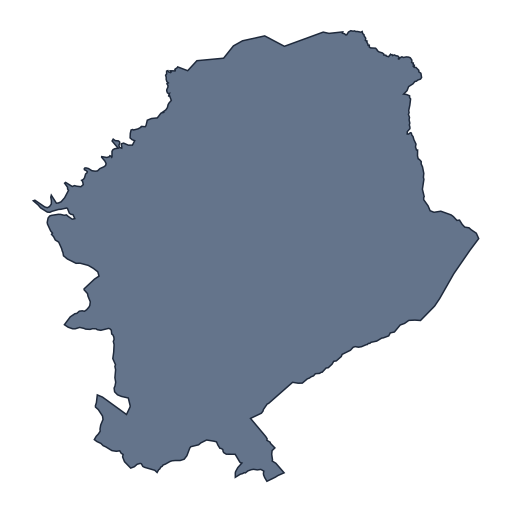 the district of Afigya Kwabre South, Ashanti, Ghana
{"feature_id": "2480657B27047738560833", "entity_name": "Afigya Kwabre South", "entity_type": "district", "adm_level": 2, "iso_a3": "GHA", "parent_name": "Ghana", "parent_adm1": "Ashanti", "projection": "albers", "projection_center": [-1.625, 6.839], "detail": "fine", "context": "isolated", "style": "filled", "palette": "slate", "viewbox_px": 512, "rotation_deg": 0, "n_neighbors": 0, "source": "geoboundaries", "source_scale": "gbopen_adm2", "svg_char_len": 5899}
<svg xmlns="http://www.w3.org/2000/svg" viewBox="0 0 512 512"><path d="M177.7,66.9L177.3,67.6L174.9,69.3L175.3,70.3L175.1,70.9L170.3,70.8L171.1,72.0L170.6,72.6L168.7,72.0L167.9,70.6L166.6,71.1L166.6,74.0L165.6,75.2L166.2,77.2L166.2,79.5L166.9,81.7L168.3,82.9L166.9,83.8L168.0,85.6L167.9,87.2L166.8,89.6L166.7,90.8L167.4,92.8L168.7,93.7L169.5,93.4L168.6,95.9L169.0,96.2L169.6,95.8L171.3,100.4L169.1,102.9L168.1,104.6L167.4,107.6L165.8,109.9L162.7,112.1L163.3,112.5L161.2,113.0L160.7,113.5L157.3,117.9L151.5,118.5L147.3,120.2L146.0,125.6L145.2,126.7L141.5,126.4L141.0,126.7L140.9,127.3L137.9,128.9L133.5,130.0L132.7,129.5L131.1,130.0L130.3,133.3L130.1,137.9L132.1,139.7L134.7,140.7L132.4,145.1L128.4,145.2L123.6,143.1L121.7,143.7L121.3,144.8L121.8,146.7L121.7,148.2L119.5,147.4L118.9,145.1L119.8,143.5L119.6,141.9L118.4,140.9L115.2,140.6L113.2,139.1L112.1,141.0L118.1,148.2L114.8,148.7L113.0,149.6L112.0,151.3L112.0,156.8L111.7,157.3L110.9,156.2L109.9,155.7L109.3,156.7L106.9,157.5L101.7,156.6L101.6,157.2L104.9,161.1L106.1,163.6L105.6,165.5L103.9,166.8L99.9,168.6L97.5,170.9L95.3,171.2L91.9,170.7L88.4,168.5L86.0,167.9L84.8,168.0L84.2,168.9L84.5,169.8L86.2,170.6L87.3,171.7L87.1,172.7L85.6,174.0L84.5,177.8L83.7,179.0L82.9,179.7L81.6,180.3L82.6,181.5L83.3,184.6L80.9,186.7L76.6,186.2L74.4,185.6L72.3,186.5L65.6,182.4L64.6,183.2L67.5,187.2L67.6,189.0L68.5,190.4L64.6,197.8L61.1,201.8L58.3,203.0L56.4,203.2L51.3,195.2L50.8,197.2L51.4,200.8L51.3,204.1L49.5,206.6L47.3,207.7L44.7,206.9L34.9,200.2L33.3,200.8L38.2,205.0L40.6,207.9L47.3,212.1L49.9,212.3L52.0,211.3L58.7,209.4L60.8,209.3L66.7,208.0L67.5,208.5L69.3,213.1L71.0,214.3L73.0,214.6L74.8,218.6L72.3,219.2L68.0,216.3L66.5,214.9L64.2,215.3L60.7,214.4L58.4,214.3L51.4,215.4L49.7,216.0L48.1,218.0L47.2,222.4L47.5,224.1L50.7,231.0L52.5,233.1L51.5,234.3L53.6,236.7L55.3,240.0L58.7,242.1L61.7,248.8L62.2,250.9L62.9,252.4L63.5,255.8L67.4,259.0L76.0,263.3L80.1,263.2L88.3,265.4L93.1,268.2L97.8,271.8L99.0,276.1L94.5,279.1L84.1,288.8L84.1,289.8L87.5,293.6L88.0,296.2L90.3,301.8L89.8,305.5L89.0,307.0L86.7,309.7L84.4,311.3L82.3,310.8L79.3,311.2L76.8,313.4L74.9,313.7L70.3,316.8L64.4,324.7L68.1,327.2L72.7,328.8L75.2,328.8L79.7,327.4L84.0,328.4L85.6,329.1L90.1,329.4L92.4,328.7L96.0,328.8L97.3,329.7L100.8,330.3L108.5,328.4L109.8,328.7L111.3,330.2L111.7,334.0L112.8,334.8L113.8,336.9L114.1,339.4L113.3,341.4L114.1,344.6L113.7,352.1L112.8,358.6L115.5,364.7L114.9,366.5L115.6,369.7L114.9,377.7L115.7,382.2L115.0,386.0L114.1,388.1L114.6,391.8L117.5,394.8L121.4,396.4L128.3,398.0L130.2,405.9L130.0,407.1L126.5,414.5L102.5,397.1L97.3,394.9L96.4,402.7L95.4,405.8L95.5,407.1L98.3,409.6L102.5,416.0L103.0,419.5L100.7,425.0L100.0,429.1L100.2,431.2L98.3,434.1L96.2,436.3L94.3,439.6L97.0,441.6L100.9,443.4L103.2,445.7L105.7,446.8L111.9,450.6L116.4,451.3L119.7,450.8L121.3,453.4L123.1,454.4L122.6,456.9L124.5,461.7L130.7,468.1L134.4,466.7L137.1,464.3L140.2,463.4L141.4,463.8L142.8,466.4L144.5,467.3L154.8,470.3L157.1,472.5L158.6,469.8L159.8,468.9L160.7,467.2L162.2,466.3L163.1,465.0L165.4,464.1L170.0,461.5L172.0,460.8L175.3,460.5L180.2,460.5L184.2,459.2L186.9,455.7L189.8,448.0L190.8,446.7L198.6,444.8L200.8,442.9L206.6,440.0L214.0,441.2L216.5,441.9L217.9,445.1L219.9,448.3L221.2,448.5L222.8,449.5L223.1,451.4L223.7,452.6L226.3,454.2L235.2,454.3L239.7,461.9L240.2,462.5L241.9,463.0L237.8,467.6L235.6,471.6L235.3,472.9L235.3,477.3L240.3,474.2L242.6,473.6L244.1,472.7L245.4,472.9L247.9,470.9L251.2,469.7L253.5,469.3L257.3,469.9L260.8,469.4L263.8,471.1L263.4,473.4L263.6,474.9L264.7,477.6L266.9,481.3L275.3,477.2L278.0,475.5L284.1,472.8L275.9,463.3L272.2,461.0L272.5,459.8L271.7,454.3L272.1,450.6L274.9,447.9L270.5,443.4L270.1,442.2L266.9,440.3L267.1,438.7L265.7,436.5L250.5,418.4L261.4,413.2L263.0,411.1L263.4,409.5L267.2,404.0L268.6,403.4L292.6,382.3L298.2,383.2L302.3,383.1L307.4,378.8L309.3,378.1L311.3,376.7L313.5,375.9L315.4,373.7L319.5,373.4L321.2,372.3L322.2,372.2L326.1,368.0L328.3,367.7L332.1,364.1L333.7,361.3L336.3,360.9L341.3,356.5L342.1,354.4L350.5,350.2L353.1,347.3L355.2,346.6L358.5,347.2L361.5,346.7L366.4,344.6L367.2,344.6L368.4,343.4L369.8,343.4L371.0,342.3L376.7,341.1L381.7,338.1L383.2,337.9L388.7,335.9L390.3,332.9L394.4,332.0L400.2,325.0L404.6,323.4L408.8,320.4L414.9,320.1L420.5,320.5L434.6,306.1L439.7,298.5L453.8,273.7L470.0,250.2L478.7,238.6L476.3,233.2L471.1,229.7L469.0,227.8L464.7,227.1L462.2,224.4L459.5,220.1L456.9,220.4L453.4,216.6L451.1,214.9L440.8,211.2L434.0,212.3L430.1,210.7L428.1,205.9L423.7,199.7L423.7,197.5L424.2,196.7L422.4,189.2L423.9,179.3L423.4,177.3L423.8,173.4L422.5,166.8L421.2,164.0L421.2,161.5L419.3,159.4L418.2,158.8L417.5,155.9L417.6,150.0L416.5,150.0L415.5,147.0L416.0,144.1L413.9,139.7L413.0,136.5L411.9,135.2L411.3,133.0L410.4,132.7L408.5,134.1L407.2,134.0L407.3,131.6L409.9,128.7L409.9,127.1L409.3,124.9L409.8,123.1L409.1,119.8L409.5,117.4L408.4,114.3L409.1,112.7L408.7,110.6L409.8,105.3L410.6,98.9L409.6,97.7L409.6,95.8L406.5,94.5L403.6,94.1L407.0,90.7L408.6,86.6L413.0,83.8L414.8,81.5L416.4,81.2L417.7,80.1L420.5,79.1L421.6,77.5L420.9,73.3L418.8,71.8L418.8,70.3L415.9,67.4L414.3,67.4L413.5,66.5L414.2,66.4L414.4,65.2L413.2,64.8L413.3,63.0L412.3,62.9L411.6,62.3L411.9,61.7L411.8,60.0L410.3,57.8L408.6,57.1L406.3,56.9L403.5,57.5L401.9,56.8L400.3,57.6L398.9,59.1L398.4,58.8L399.2,57.5L397.8,56.0L396.2,55.8L394.2,54.9L392.7,55.6L392.0,54.6L390.8,54.8L390.5,54.3L388.6,56.7L386.3,56.1L386.0,55.3L383.8,55.0L383.8,54.1L382.3,52.9L379.0,51.9L377.3,50.6L377.0,49.7L375.6,48.2L370.5,47.9L369.3,47.0L369.3,45.2L368.1,45.3L367.8,43.9L366.6,41.8L367.1,41.1L365.4,40.4L365.7,38.2L364.1,35.8L364.0,34.7L362.7,33.6L362.2,31.5L360.9,32.2L357.6,31.5L355.7,31.5L354.6,30.9L353.0,31.2L350.8,30.7L348.5,32.0L346.7,34.8L345.7,34.9L344.6,33.8L342.4,33.2L342.8,31.9L329.0,33.4L323.2,32.1L284.4,46.3L264.7,35.9L242.5,40.8L233.4,45.9L223.6,58.2L196.9,60.7L187.7,70.7L177.7,66.9Z" fill="#64748b" stroke="#1e293b" stroke-width="1.5"/></svg>